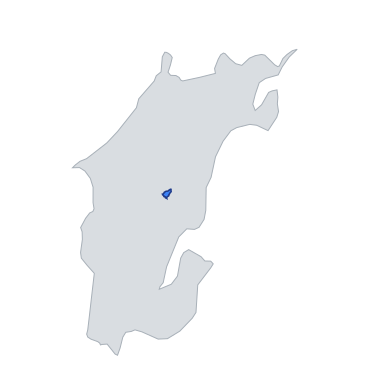 location of Santa Ana, San José, Costa Rica, rotated 257°
{"feature_id": "36466004B14800778897380", "entity_name": "Santa Ana", "entity_type": "district", "adm_level": 2, "iso_a3": "CRI", "parent_name": "Costa Rica", "parent_adm1": "San José", "projection": "mercator", "projection_center": [-84.193, 9.918], "detail": "fine", "context": "in_parent", "style": "filled", "palette": "blue", "viewbox_px": 384, "rotation_deg": 257, "n_neighbors": 0, "source": "geoboundaries", "source_scale": "gbopen_adm2", "svg_char_len": 3316}
<svg xmlns="http://www.w3.org/2000/svg" viewBox="0 0 384 384"><g transform="rotate(257 192 192)"><path d="M334.3,196.9L333.8,198.5L332.4,200.2L330.3,201.9L327.5,203.0L320.7,199.6L314.1,195.6L310.5,197.4L309.1,202.5L306.6,205.2L303.6,206.2L302.3,207.9L302.0,225.2L302.3,241.5L307.3,241.8L315.6,247.5L319.2,250.8L320.3,253.9L319.3,255.4L313.2,258.9L307.2,263.4L304.2,269.0L309.5,278.1L310.6,284.2L310.4,290.6L309.0,293.7L297.4,301.1L294.9,303.7L295.2,305.5L301.6,310.6L304.6,315.5L307.1,321.5L307.4,326.6L301.7,317.1L293.6,308.0L286.7,302.3L286.1,289.2L283.4,282.1L272.9,275.6L263.9,271.0L257.2,271.9L261.3,279.4L271.8,289.1L272.5,292.8L272.4,297.8L265.1,297.0L258.7,295.0L250.9,294.4L245.7,291.4L234.7,279.9L242.5,270.0L244.9,263.5L244.7,250.1L242.9,243.6L234.5,233.7L221.0,222.8L202.0,213.9L193.1,206.8L171.0,201.3L162.6,197.6L156.0,190.9L155.0,186.0L157.3,178.6L151.2,169.0L124.8,150.4L110.1,143.5L106.9,139.4L104.6,138.2L106.8,151.1L113.3,158.9L130.1,166.1L134.8,170.3L136.6,175.8L126.9,186.3L121.9,189.0L120.4,194.7L117.2,196.5L113.9,193.2L100.2,176.7L73.8,168.8L69.0,163.9L59.2,148.9L54.6,135.1L56.3,125.9L67.1,111.6L70.5,105.4L69.8,101.5L70.2,95.9L66.1,91.9L56.1,86.8L49.7,82.7L51.4,80.6L62.9,75.1L63.7,70.1L63.6,68.4L65.5,68.1L67.2,66.7L68.2,65.3L71.3,60.5L74.1,57.8L77.2,57.4L81.1,59.4L95.6,64.6L111.7,70.3L134.7,78.5L144.2,73.3L152.4,69.3L158.1,69.8L170.4,74.5L177.9,76.0L182.4,75.5L190.3,82.4L194.6,87.6L195.3,91.0L197.7,92.8L203.9,93.2L218.9,96.7L228.1,96.0L236.5,92.4L241.1,87.9L242.5,81.0L244.6,84.4L247.1,89.8L248.2,96.8L259.0,120.1L267.7,133.1L286.6,156.8L294.8,161.1L308.6,180.1L313.3,183.3L316.0,188.9L330.4,193.5L334.3,196.9Z" fill="#d9dde1" stroke="#a8b0b8" stroke-width="1"/><path d="M196.4,162.7L196.2,162.7L195.9,162.7L195.8,162.8L195.7,162.9L195.5,163.0L195.4,163.1L195.3,163.3L195.2,163.3L194.9,163.4L194.9,163.5L194.7,163.7L194.5,163.8L194.5,163.7L194.4,163.7L194.2,163.6L193.9,163.6L193.8,163.8L193.7,163.9L193.6,164.0L193.4,164.4L193.4,164.5L193.4,164.8L193.2,165.0L192.9,165.1L192.8,164.9L192.7,164.8L192.4,164.8L192.3,165.0L192.2,165.0L192.2,165.3L192.1,165.5L191.9,165.8L191.8,165.7L191.7,165.7L191.6,165.8L191.4,165.9L191.3,166.0L191.5,166.0L191.8,166.1L192.2,166.1L192.3,166.2L192.4,166.3L192.5,166.4L192.6,166.5L192.8,166.6L192.8,166.8L193.0,167.1L193.2,167.3L193.2,167.5L193.2,167.8L193.3,168.0L193.5,168.2L193.5,168.3L193.8,168.4L193.8,168.5L194.0,168.5L194.3,168.8L194.6,168.9L194.6,169.0L194.8,169.0L195.0,169.3L195.1,169.5L195.3,169.8L195.5,170.0L195.8,170.1L196.0,170.3L196.2,170.5L196.3,170.8L196.4,171.0L196.5,171.1L196.7,171.3L196.8,171.5L197.0,171.8L197.4,171.8L197.5,171.8L197.8,171.9L198.0,171.8L198.3,171.9L198.6,171.9L198.8,172.0L199.1,172.1L199.3,172.2L199.5,172.1L199.5,171.8L199.5,171.7L199.5,171.4L199.4,171.3L199.4,171.1L199.3,170.9L199.2,170.7L199.1,170.4L199.1,170.2L198.8,169.7L198.7,169.7L198.7,169.4L198.5,169.2L198.4,168.9L198.3,168.7L198.3,168.4L198.3,168.2L198.4,167.9L198.5,167.7L198.5,167.4L198.5,167.2L198.5,166.9L198.5,166.7L198.5,166.4L198.4,166.2L198.2,166.0L198.2,165.9L198.2,165.6L198.0,165.0L197.9,165.0L197.9,164.9L197.7,164.7L197.4,164.6L197.3,164.4L197.2,164.4L197.1,164.2L197.0,163.9L196.9,163.8L196.9,163.7L196.7,163.6L196.5,163.4L196.4,163.3L196.4,163.2L196.3,162.9L196.4,162.7Z" fill="#3b82f6" stroke="#1e3a8a" stroke-width="1.5"/></g></svg>